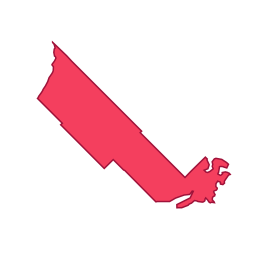 outline of Jefferson, Washington, United States of America, rotated 45°
{"feature_id": "52423323B89179227732038", "entity_name": "Jefferson", "entity_type": "district", "adm_level": 2, "iso_a3": "USA", "parent_name": "United States of America", "parent_adm1": "Washington", "projection": "natural_earth1", "projection_center": [-123.18, 47.83], "detail": "fine", "context": "isolated", "style": "filled", "palette": "rose", "viewbox_px": 256, "rotation_deg": 45, "n_neighbors": 0, "source": "geoboundaries", "source_scale": "gbopen_adm2", "svg_char_len": 1709}
<svg xmlns="http://www.w3.org/2000/svg" viewBox="0 0 256 256"><g transform="rotate(45 128 128)"><path d="M199.9,160.5L200.7,159.3L209.4,150.6L211.2,143.9L215.1,135.7L218.6,131.3L218.0,127.2L218.9,126.6L221.4,133.5L216.7,147.6L219.0,149.8L222.4,146.3L225.1,140.2L225.1,138.5L226.0,136.2L226.3,132.3L228.1,131.0L229.5,130.5L233.0,127.8L233.6,126.8L233.8,125.1L232.7,123.7L232.4,122.5L235.5,122.6L237.4,123.1L239.0,122.8L239.2,122.5L239.5,121.5L241.9,119.7L240.9,119.3L238.8,119.3L237.8,118.6L236.8,117.2L236.9,115.6L237.3,114.8L236.5,113.4L236.0,113.4L233.7,112.6L233.5,112.1L233.4,111.5L234.4,109.4L234.1,108.0L233.6,107.4L231.5,107.3L229.6,105.2L229.0,102.2L231.5,101.0L232.0,101.2L232.8,102.2L233.2,102.2L235.1,100.9L235.2,98.7L234.3,98.1L233.7,97.2L232.5,90.8L232.6,89.4L233.1,88.6L231.8,88.4L229.5,89.2L227.9,90.2L226.1,92.9L226.3,93.1L227.0,93.1L227.2,93.4L227.1,95.5L226.8,96.2L224.1,97.0L223.6,96.4L223.6,95.6L220.1,90.7L220.4,90.0L221.1,89.3L222.7,88.0L223.3,87.9L226.1,86.4L224.7,82.6L222.1,82.7L216.5,83.9L211.6,87.3L210.9,88.8L211.4,92.4L213.7,93.8L214.7,95.6L217.1,96.6L216.7,100.6L215.8,103.1L214.5,104.0L211.7,104.0L213.3,100.3L211.4,96.6L206.8,94.9L205.8,94.0L205.8,93.9L203.3,93.9L203.1,114.2L203.3,122.7L139.9,122.7L139.9,120.6L40.8,120.6L33.7,120.3L14.1,120.7L14.2,120.8L16.7,121.1L19.6,122.8L20.0,123.2L20.0,124.3L22.1,127.0L25.2,129.1L25.9,128.9L26.9,129.1L27.8,129.9L28.7,132.8L29.3,136.8L29.8,137.2L31.9,137.4L34.5,140.2L35.1,141.3L35.7,143.2L36.6,148.2L38.4,151.9L39.9,156.7L40.7,160.9L41.1,161.5L41.7,164.0L42.5,169.0L42.9,169.3L43.1,171.1L78.2,171.1L78.1,173.3L139.8,173.4L139.9,160.8L154.6,160.8L155.7,160.3L199.9,160.5Z" fill="#f43f5e" stroke="#9f1239" stroke-width="1.5"/></g></svg>